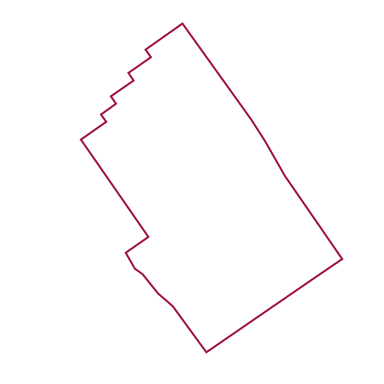 the district of Carter, Missouri, United States of America, rotated 234°
{"feature_id": "52423323B98305313857375", "entity_name": "Carter", "entity_type": "district", "adm_level": 2, "iso_a3": "USA", "parent_name": "United States of America", "parent_adm1": "Missouri", "projection": "albers", "projection_center": [-90.88, 36.956], "detail": "fine", "context": "isolated", "style": "outline", "palette": "rose", "viewbox_px": 384, "rotation_deg": 234, "n_neighbors": 0, "source": "geoboundaries", "source_scale": "gbopen_adm2", "svg_char_len": 475}
<svg xmlns="http://www.w3.org/2000/svg" viewBox="0 0 384 384"><g transform="rotate(234 192 192)"><path d="M333.9,283.3L334.5,238.1L325.2,238.0L325.7,210.6L316.5,210.2L317.1,182.6L308.1,182.4L308.1,173.0L308.2,163.9L299.2,163.9L299.7,132.9L274.6,132.4L181.3,130.3L181.8,102.7L163.5,100.7L154.5,103.7L129.8,104.9L110.8,109.3L53.9,109.4L50.6,237.3L49.5,274.1L104.6,275.5L150.4,276.6L190.2,281.0L216.0,282.5L333.9,283.3Z" fill="none" stroke="#9f1239" stroke-width="2"/></g></svg>